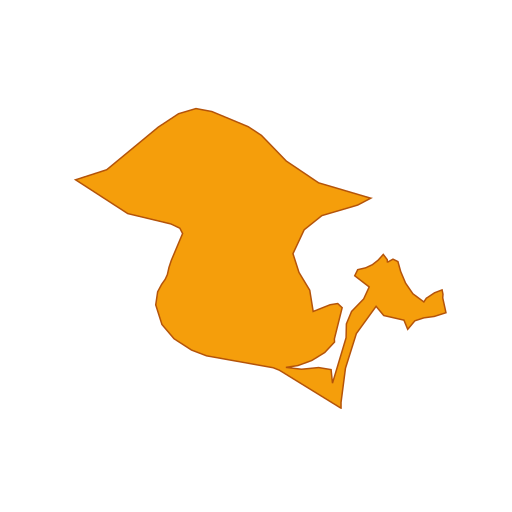 SVG path tracing the border of Đà Nẵng, rotated 26°
{"feature_id": "VNM-491", "entity_name": "Đà Nẵng", "entity_type": "City", "adm_level": 1, "iso_a3": "VNM", "parent_name": "Vietnam", "parent_adm1": "", "projection": "robinson", "projection_center": [108.18, 16.099], "detail": "fine", "context": "isolated", "style": "filled", "palette": "amber", "viewbox_px": 512, "rotation_deg": 26, "n_neighbors": 0, "source": "natural_earth", "source_scale": "10m", "svg_char_len": 1224}
<svg xmlns="http://www.w3.org/2000/svg" viewBox="0 0 512 512"><g transform="rotate(26 256 256)"><path d="M333.8,153.7L325.1,165.6L297.5,190.8L287.8,211.3L288.2,237.7L301.8,251.9L319.3,263.2L331.7,280.8L344.0,267.3L350.3,262.9L356.1,264.7L362.8,296.2L364.3,298.9L360.1,312.6L351.9,325.5L341.7,336.1L331.7,343.0L346.6,337.8L361.2,328.8L373.3,325.2L380.5,336.8L372.8,290.0L367.0,277.4L366.2,263.9L371.6,247.4L371.3,234.2L353.4,230.5L353.4,223.7L359.7,218.6L364.4,212.8L367.6,206.2L369.7,198.8L375.5,201.7L376.7,203.7L377.3,203.4L380.5,198.8L386.0,198.8L392.9,206.6L402.3,214.8L413.6,221.2L427.0,223.7L427.6,219.3L432.6,210.8L438.1,204.9L440.8,208.4L442.2,211.8L451.6,223.7L442.7,232.2L434.0,238.0L427.2,244.6L424.5,255.4L417.1,248.8L396.9,253.5L386.0,248.6L380.2,281.7L385.6,317.6L396.6,350.3L399.1,355.4L398.7,355.5L327.0,348.4L320.4,348.9L255.3,367.4L239.2,368.8L218.6,366.3L201.5,358.8L187.3,343.9L183.3,331.3L183.6,322.9L184.6,316.8L184.5,311.6L182.8,304.5L181.8,297.2L180.2,268.0L175.4,264.4L165.5,264.5L122.1,274.1L60.4,266.6L84.0,243.9L111.7,182.9L124.0,162.1L137.4,149.8L153.0,145.5L192.4,143.2L208.0,145.2L241.6,157.4L280.2,162.8L333.0,153.9L333.8,153.7Z" fill="#f59e0b" stroke="#b45309" stroke-width="1.5"/></g></svg>